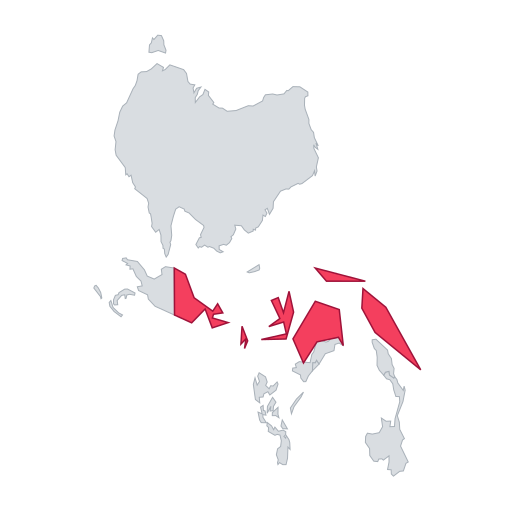 Indonesia shown with its bordering countries, rotated 179°
{"feature_id": "IDN", "entity_name": "Indonesia", "entity_type": "country or territory", "adm_level": 0, "iso_a3": "IDN", "parent_name": "Asia", "parent_adm1": "", "projection": "equal_earth", "projection_center": [119.503, -2.501], "detail": "coarse", "context": "with_neighbors", "style": "filled", "palette": "rose", "viewbox_px": 512, "rotation_deg": 179, "n_neighbors": 7, "source": "natural_earth", "source_scale": "50m", "svg_char_len": 6708}
<svg xmlns="http://www.w3.org/2000/svg" viewBox="0 0 512 512"><g transform="rotate(179 256 256)"><path d="M338.6,198.4L357.8,207.5L364.4,214.8L365.1,219.1L374.0,223.5L375.2,227.3L370.3,228.1L371.4,232.9L376.0,237.6L379.3,245.3L382.3,245.0L382.0,248.2L386.1,249.4L384.5,250.8L390.0,253.8L389.4,255.9L385.8,256.4L384.6,254.5L374.7,252.6L367.8,244.1L365.1,237.8L358.2,234.7L350.3,239.1L350.9,244.4L346.7,246.9L338.2,245.4L338.6,198.4ZM398.9,203.0L403.0,208.3L403.6,212.1L401.9,214.0L399.8,207.0L394.3,201.5L390.5,199.4L392.0,197.6L398.9,203.0ZM393.6,221.8L387.8,225.2L385.0,225.2L377.6,221.1L378.1,218.9L382.9,219.9L385.8,219.3L386.7,215.9L387.5,215.7L387.9,219.5L391.0,219.0L395.6,213.9L395.1,209.7L398.3,209.5L399.3,210.7L399.2,214.7L397.3,219.1L394.5,219.7L393.6,221.8ZM412.2,218.1L418.7,226.8L417.9,228.8L416.4,229.5L414.2,226.8L411.9,222.2L410.9,216.7L411.7,216.0L412.2,218.1Z" fill="#d9dde1" stroke="#a8b0b8" stroke-width="1"/><path d="M252.5,243.7L253.1,242.0L257.7,240.4L263.1,239.3L265.1,240.2L253.1,247.3L252.5,243.7Z" fill="#d9dde1" stroke="#a8b0b8" stroke-width="1"/><path d="M147.7,76.9L142.8,75.9L135.9,77.2L132.4,83.1L133.5,91.8L128.8,88.5L124.2,88.6L125.1,83.0L120.5,83.1L119.8,90.9L114.8,107.7L115.1,112.9L118.6,113.1L120.6,119.7L121.5,125.9L124.4,130.0L127.6,130.9L130.4,134.6L128.6,137.6L125.0,138.4L124.6,134.7L120.3,131.6L119.4,132.8L117.3,130.1L116.4,126.5L111.1,119.0L110.2,123.3L109.2,119.3L111.6,107.9L117.5,93.9L115.6,87.3L115.3,80.1L110.8,70.8L112.7,69.5L114.8,63.4L107.4,47.4L109.7,46.1L112.4,38.5L116.1,38.2L122.4,33.5L124.5,35.7L124.6,39.9L128.2,40.2L126.6,47.6L126.5,53.9L132.2,49.7L133.7,51.0L136.8,50.8L137.9,48.3L141.8,48.8L145.7,54.5L145.8,61.5L149.9,67.7L149.5,73.7L147.7,76.9Z" fill="#d9dde1" stroke="#a8b0b8" stroke-width="1"/><path d="M356.7,461.1L359.5,461.6L358.8,468.9L356.9,471.0L355.7,475.9L354.3,474.2L350.4,478.5L346.7,478.0L344.5,472.8L344.4,468.7L342.4,463.3L342.9,460.5L350.2,463.2L356.7,461.1ZM256.3,406.0L246.7,410.9L245.6,414.3L243.8,417.0L236.5,417.7L232.2,416.6L225.2,417.6L222.3,421.0L220.9,420.7L216.1,424.7L209.2,424.4L201.3,419.0L201.3,415.3L203.8,414.4L204.6,412.9L204.9,405.9L204.3,402.0L200.7,391.5L200.8,387.6L198.6,381.3L196.3,378.6L195.6,373.3L191.8,365.0L194.1,367.9L192.3,361.6L194.9,363.6L196.4,366.2L196.3,362.7L191.9,353.1L194.1,344.0L193.5,339.9L195.5,334.9L196.0,340.2L198.1,335.4L208.8,327.6L211.1,327.0L212.6,327.9L219.8,324.5L222.0,322.3L224.9,322.5L230.4,320.4L237.6,310.0L238.1,303.4L241.8,297.4L243.9,303.5L246.2,302.0L244.3,298.7L246.0,295.3L248.3,296.8L249.0,291.4L253.2,285.1L255.9,283.9L256.0,281.9L258.3,282.8L258.4,281.0L263.3,279.0L267.2,282.3L270.1,286.5L276.7,287.2L275.7,283.3L278.3,277.6L280.7,275.7L279.9,273.9L282.3,269.8L285.5,267.3L288.2,268.2L292.7,266.8L292.7,263.2L288.8,260.8L291.7,259.8L295.2,261.6L298.0,264.5L302.4,266.3L303.9,265.6L307.2,267.8L310.3,265.7L312.3,266.4L313.6,265.0L315.9,268.5L312.3,275.2L310.5,275.5L311.1,278.3L307.5,285.4L307.8,287.4L315.9,293.6L322.2,300.2L326.3,302.0L327.0,304.2L332.0,306.6L335.5,304.2L337.9,297.2L340.5,287.7L339.9,278.1L340.8,272.8L341.8,271.3L341.1,268.9L343.8,259.2L345.8,256.5L347.2,260.0L347.5,264.5L348.8,265.3L348.9,268.3L350.7,272.0L350.7,278.6L352.4,284.2L355.9,281.5L359.9,287.3L359.3,290.4L360.1,296.5L360.7,300.0L362.0,300.9L363.1,306.9L362.4,310.6L363.9,315.4L376.1,325.4L375.3,327.1L378.0,331.5L379.5,339.0L381.6,337.5L383.5,340.5L384.8,339.4L385.2,346.7L394.1,359.2L395.0,364.7L394.0,372.8L395.8,378.5L394.8,384.5L391.6,393.6L389.7,402.2L386.7,408.2L382.7,411.4L376.0,425.4L373.7,428.6L371.9,433.4L370.7,439.8L367.6,442.1L362.2,442.3L357.4,444.9L351.6,450.1L345.2,446.2L346.3,442.8L343.6,444.0L338.8,448.6L325.1,443.6L322.3,439.7L321.0,431.6L318.8,429.0L314.2,428.2L316.0,425.1L315.2,420.2L312.5,424.7L308.1,425.9L310.9,422.3L311.9,418.6L314.0,415.4L314.0,410.5L309.6,416.1L306.3,418.3L304.1,423.5L300.4,420.8L300.8,417.4L295.5,410.2L296.6,408.6L290.4,404.6L286.9,404.4L282.3,401.2L273.3,401.8L261.1,406.4L256.3,406.0Z" fill="#d9dde1" stroke="#a8b0b8" stroke-width="1"/><path d="M232.6,91.6L227.6,82.6L232.2,82.9L234.0,85.5L232.6,91.6ZM238.6,109.5L241.1,105.5L241.6,101.1L244.6,100.7L243.7,105.5L247.6,98.6L247.2,105.4L241.9,114.4L238.6,109.5ZM259.1,112.5L260.9,127.6L259.1,134.2L257.1,126.9L254.7,130.5L256.4,135.8L254.9,139.2L248.6,135.0L247.0,129.8L248.6,126.4L245.2,123.0L243.6,126.0L241.1,125.7L237.1,129.7L236.2,127.6L238.3,121.5L244.6,116.8L246.5,120.1L250.5,118.1L251.4,114.9L255.2,114.7L254.8,109.1L259.1,112.5ZM218.0,112.3L210.9,119.1L213.5,114.1L220.6,104.7L223.3,97.6L224.3,103.4L218.0,112.3ZM238.1,48.9L237.3,51.8L239.1,56.9L237.8,62.8L234.7,65.1L233.9,70.8L235.1,76.5L237.9,77.3L240.2,76.4L246.8,80.4L246.4,84.3L248.1,86.0L247.6,89.3L243.4,85.8L241.4,82.0L240.1,84.6L236.7,80.4L231.9,81.4L229.3,79.8L229.5,76.9L231.2,75.1L229.6,73.4L228.9,76.0L226.3,71.9L225.5,68.8L225.3,62.0L227.4,64.4L228.0,53.3L229.6,46.9L232.8,46.9L236.1,49.0L237.7,47.1L238.1,48.9ZM236.8,97.3L235.9,93.9L239.1,96.1L242.5,96.1L242.4,99.1L236.6,104.3L236.8,97.3ZM255.2,91.9L256.7,99.9L252.6,98.0L254.1,104.8L251.5,106.5L251.3,101.4L249.7,101.0L248.8,96.7L251.9,97.3L251.9,94.6L248.6,89.1L253.7,89.3L255.2,91.9Z" fill="#d9dde1" stroke="#a8b0b8" stroke-width="1"/><path d="M119.4,132.8L120.3,131.6L124.6,134.7L125.0,138.4L128.6,137.6L130.4,134.6L134.7,139.6L136.9,144.5L136.6,152.6L137.4,159.4L139.3,161.4L141.4,167.8L141.3,170.2L137.5,170.7L126.1,159.6L125.5,155.9L122.4,151.1L121.8,145.1L119.9,141.2L120.5,135.9L119.4,132.8ZM214.6,149.6L203.8,148.4L201.9,156.6L199.9,159.2L197.1,169.2L192.7,170.7L187.6,168.7L185.1,169.4L181.9,173.0L178.5,172.5L175.0,174.0L171.4,169.9L170.5,165.0L174.4,167.5L178.6,166.2L179.7,160.0L188.4,157.1L194.9,146.8L197.3,150.6L198.5,148.1L201.0,148.3L201.6,140.2L205.7,135.2L208.4,129.5L210.6,129.5L213.3,133.2L213.6,136.3L221.6,140.5L221.2,143.3L217.6,143.7L218.6,147.2L214.6,149.6Z" fill="#d9dde1" stroke="#a8b0b8" stroke-width="1"/><path d="M201.6,140.2L201.0,148.3L198.5,148.1L197.3,150.6L194.9,146.8L201.6,140.2Z" fill="#d9dde1" stroke="#a8b0b8" stroke-width="1"/><path d="M170.3,164.9L175.0,173.3L196.5,169.1L210.4,148.2L220.5,172.5L197.5,209.7L173.7,201.0L170.3,164.9ZM93.3,139.3L138.3,177.5L151.1,202.0L149.6,221.6L127.1,202.5L93.3,139.3ZM338.5,198.4L337.9,245.4L326.9,239.0L318.6,215.3L300.2,201.6L295.2,208.9L290.2,199.7L299.5,198.5L300.7,194.8L285.0,189.9L301.0,184.9L307.8,203.9L321.5,190.3L338.5,198.4ZM252.2,172.4L227.0,177.6L229.5,189.5L244.4,185.2L233.2,193.1L241.4,211.3L234.5,214.0L229.5,198.8L223.6,220.1L219.4,199.2L227.4,172.5L252.2,172.4ZM147.1,228.9L186.0,229.6L197.0,242.9L147.1,228.9ZM267.5,173.4L272.6,168.2L271.2,186.0L265.8,171.3L269.1,163.7L267.5,173.4Z" fill="#f43f5e" stroke="#9f1239" stroke-width="1.5"/></g></svg>